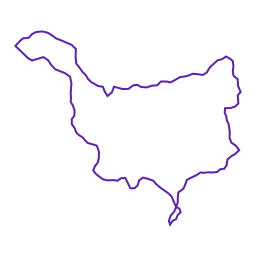 São João da Mata, Minas Gerais, Brazil
{"feature_id": "56859067B6905454256103", "entity_name": "São João da Mata", "entity_type": "district", "adm_level": 2, "iso_a3": "BRA", "parent_name": "Brazil", "parent_adm1": "Minas Gerais", "projection": "orthographic", "projection_center": [-45.93, -21.948], "detail": "fine", "context": "isolated", "style": "outline", "palette": "violet", "viewbox_px": 256, "rotation_deg": 0, "n_neighbors": 0, "source": "geoboundaries", "source_scale": "gbopen_adm2", "svg_char_len": 1981}
<svg xmlns="http://www.w3.org/2000/svg" viewBox="0 0 256 256"><path d="M176.1,207.0L177.8,202.4L177.8,197.8L178.3,192.5L183.4,188.7L185.3,184.4L186.8,179.9L191.5,177.5L196.4,175.2L200.4,172.5L204.0,172.8L208.1,172.3L212.7,172.5L217.2,172.0L220.3,169.2L224.1,168.8L226.6,165.3L227.4,159.5L231.4,156.2L235.5,153.7L239.2,150.1L235.4,145.3L231.4,142.7L229.5,137.9L229.8,132.7L229.3,128.6L228.6,124.0L226.8,120.2L226.3,116.5L224.7,112.7L225.1,108.2L230.4,108.1L235.0,106.6L238.3,103.5L238.1,99.1L237.7,95.3L240.6,92.0L238.0,85.7L237.7,79.2L233.6,75.9L232.8,71.9L233.4,66.5L232.8,61.0L229.9,58.6L226.1,56.5L222.0,59.2L217.7,60.2L214.0,63.5L210.0,67.2L206.6,72.7L202.7,75.0L198.1,74.2L192.8,73.8L188.8,75.4L184.4,76.6L180.2,77.0L175.2,79.9L170.5,82.4L166.4,81.5L160.9,81.5L157.3,85.3L151.6,85.7L146.9,87.4L141.2,87.0L137.4,84.9L133.3,85.3L128.2,89.0L122.3,89.0L117.4,87.6L113.9,86.8L111.9,92.4L107.5,96.0L104.7,91.5L102.9,86.8L98.1,86.0L94.5,83.9L91.1,82.0L88.0,79.0L85.6,74.9L82.5,71.9L79.6,67.8L76.2,63.5L75.6,56.3L75.9,49.1L71.4,44.7L66.8,42.9L61.8,40.6L56.3,38.5L51.9,35.3L47.9,32.8L42.3,31.4L36.2,32.0L32.2,34.0L28.8,37.7L22.8,38.4L18.9,42.1L15.4,46.0L19.8,50.2L23.3,53.6L28.0,58.1L32.1,60.5L37.1,59.0L43.3,57.1L48.1,60.2L51.3,65.2L55.4,69.4L59.7,71.1L64.7,73.0L70.1,76.7L71.4,83.3L71.0,89.3L70.7,93.4L71.0,97.7L70.7,102.0L73.0,105.7L74.6,110.7L74.3,115.7L71.8,119.1L71.8,124.1L74.8,128.4L76.4,132.7L79.1,135.2L82.7,137.4L85.0,140.3L87.7,143.0L92.5,144.3L96.8,145.7L99.0,151.9L98.8,158.1L97.6,162.8L95.0,166.1L93.2,170.3L95.6,173.6L99.0,176.4L103.0,179.3L107.7,180.4L113.4,180.1L117.5,180.7L120.9,178.3L125.3,177.9L128.0,183.4L130.3,188.3L134.6,188.2L137.7,185.3L139.1,180.4L142.9,177.6L147.5,178.7L153.3,180.7L156.2,184.1L160.5,187.8L164.3,190.4L167.6,192.7L171.4,196.2L173.7,201.5L176.1,207.0ZM170.1,224.6L172.5,220.9L176.1,219.1L177.7,215.0L180.6,212.3L179.4,208.6L176.1,207.0L174.3,211.5L170.6,215.8L168.9,220.9L170.1,224.6Z" fill="none" stroke="#5b21b6" stroke-width="2"/></svg>